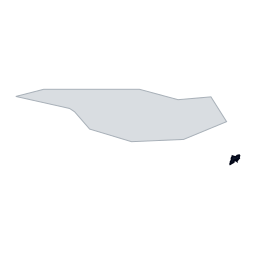 Ngerkebesang, Palau shown in context, rotated 263°
{"feature_id": "81905179B69060738119315", "entity_name": "Ngerkebesang", "entity_type": "district", "adm_level": 2, "iso_a3": "PLW", "parent_name": "Palau", "parent_adm1": "", "projection": "equal_earth", "projection_center": [134.445, 7.355], "detail": "fine", "context": "in_parent", "style": "filled", "palette": "ink", "viewbox_px": 256, "rotation_deg": 263, "n_neighbors": 0, "source": "geoboundaries", "source_scale": "gbopen_adm2", "svg_char_len": 2167}
<svg xmlns="http://www.w3.org/2000/svg" viewBox="0 0 256 256"><g transform="rotate(263 128 128)"><path d="M148.8,214.1L122.3,226.6L109.9,181.8L114.0,129.8L131.6,89.8L150.6,77.0L154.5,72.4L173.0,20.5L176.7,49.1L165.0,144.1L150.0,181.1L148.8,214.1Z" fill="#d9dde1" stroke="#a8b0b8" stroke-width="1"/><path d="M87.3,228.2L87.2,228.2L86.9,228.1L86.8,227.9L86.7,227.8L86.6,227.7L86.3,227.7L86.2,227.7L86.2,227.4L85.8,227.1L85.7,227.1L85.4,227.0L85.2,227.2L84.8,227.1L84.8,226.9L84.7,226.9L84.4,226.9L84.2,226.8L83.9,226.9L83.7,226.9L83.3,226.7L83.2,226.6L83.0,226.4L82.9,226.2L82.7,226.2L82.4,225.9L82.2,225.7L81.8,225.6L81.7,225.5L81.4,225.6L81.2,225.6L80.9,225.5L80.8,225.4L80.7,225.5L80.2,225.4L80.1,225.5L80.3,225.8L80.4,226.1L80.4,226.3L80.4,226.5L80.4,226.8L80.4,227.0L80.6,227.2L80.5,227.4L80.5,227.5L80.6,227.8L80.7,228.0L80.8,228.1L81.0,227.9L81.2,228.0L81.1,228.3L81.2,228.5L81.3,228.7L81.3,228.9L81.4,229.1L81.5,229.1L81.8,229.0L82.0,229.0L82.3,229.0L82.5,229.0L82.6,228.9L82.8,228.9L83.0,228.9L83.0,229.1L83.0,229.4L83.0,229.5L82.8,229.6L82.8,229.8L82.8,230.0L82.8,230.6L82.8,230.8L82.6,230.8L82.6,231.0L82.8,231.0L82.7,231.2L82.6,231.4L82.5,231.5L82.4,231.7L82.3,231.8L82.2,231.7L81.9,231.6L81.8,231.8L81.7,231.9L81.6,232.0L81.8,232.0L82.0,232.1L82.3,232.0L82.5,232.0L82.4,231.9L82.7,231.5L82.9,231.5L83.1,231.5L83.3,231.5L83.4,231.3L83.4,231.1L83.5,231.0L83.5,231.3L83.6,231.1L83.8,231.0L83.7,231.1L83.7,231.3L83.7,231.5L83.6,232.1L83.6,232.5L83.6,232.9L83.6,233.0L83.4,233.1L83.4,233.3L83.5,233.5L83.8,233.5L83.9,233.8L84.1,234.0L84.2,234.3L84.2,234.5L84.3,234.5L84.5,234.8L84.8,234.7L85.1,234.6L85.3,234.7L85.5,234.7L85.7,234.8L86.0,235.0L86.2,235.5L86.2,235.4L86.3,235.2L86.5,235.2L86.9,235.4L87.0,235.4L87.3,235.2L87.6,235.1L87.6,234.9L87.6,234.7L87.6,234.4L87.5,234.1L87.5,233.9L87.4,233.9L87.3,233.6L87.2,233.4L87.3,233.3L87.3,233.2L87.2,233.1L87.6,232.4L87.5,232.5L86.7,232.2L86.1,231.9L86.7,229.9L86.8,229.8L87.1,229.2L87.4,228.5L87.5,228.3L87.4,228.3L87.3,228.2L87.3,228.2ZM79.4,224.9L79.4,225.0L79.5,225.2L79.6,224.9L79.4,224.9L79.4,224.9ZM83.0,233.2L83.1,233.3L83.2,233.2L83.0,233.2Z" fill="#0f172a" stroke="#020617" stroke-width="1.5"/></g></svg>